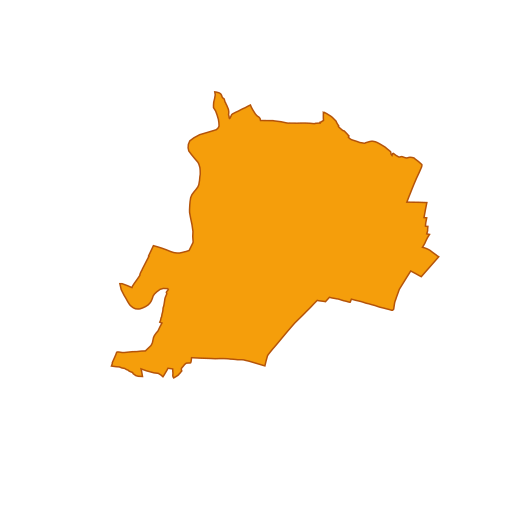 Lunca Muresului, Alba, Romania (orthographic projection), rotated 131°
{"feature_id": "2599482B93074518356645", "entity_name": "Lunca Muresului", "entity_type": "district", "adm_level": 2, "iso_a3": "ROU", "parent_name": "Romania", "parent_adm1": "Alba", "projection": "orthographic", "projection_center": [23.92, 46.432], "detail": "fine", "context": "isolated", "style": "filled", "palette": "amber", "viewbox_px": 512, "rotation_deg": 131, "n_neighbors": 0, "source": "geoboundaries", "source_scale": "gbopen_adm2", "svg_char_len": 6119}
<svg xmlns="http://www.w3.org/2000/svg" viewBox="0 0 512 512"><g transform="rotate(131 256 256)"><path d="M159.2,394.8L161.1,392.5L164.4,390.5L167.7,388.8L170.1,387.0L171.9,385.4L173.1,381.5L175.1,377.9L177.5,374.1L179.8,371.4L182.2,369.1L184.0,368.6L186.7,368.8L189.3,370.4L195.3,374.2L201.4,378.1L207.5,380.4L212.5,381.5L216.1,380.3L218.9,378.2L220.8,375.7L221.7,371.7L222.6,366.5L223.4,361.2L224.2,359.3L226.1,356.3L228.2,354.1L230.9,351.7L233.1,350.3L236.0,348.2L239.8,345.9L242.0,345.2L245.6,344.9L247.7,344.9L251.7,344.6L254.8,343.6L258.4,341.3L261.4,339.1L264.7,336.5L266.7,334.7L269.6,331.1L271.6,328.5L274.4,324.8L278.9,319.6L282.7,316.6L286.7,312.6L287.7,312.2L295.7,310.1L298.6,311.8L299.5,312.5L301.7,314.0L304.1,315.8L305.8,317.9L307.3,320.2L308.6,323.2L310.2,327.9L311.9,332.3L313.7,336.4L315.5,340.2L316.9,339.8L326.5,337.1L326.5,336.6L331.1,335.5L340.8,333.1L341.4,332.8L342.7,332.6L345.1,331.9L346.4,331.3L346.5,331.1L347.0,330.9L351.2,330.4L356.5,329.9L359.9,329.4L361.2,328.9L361.5,329.7L362.7,333.5L364.7,338.8L366.2,340.6L369.8,335.7L372.2,329.8L373.4,326.1L374.7,322.6L375.7,319.2L375.8,317.0L375.6,314.6L374.9,312.3L373.5,310.4L372.2,309.0L369.6,307.5L366.7,306.2L363.6,305.3L360.9,305.2L358.8,305.5L356.3,306.3L353.7,307.4L351.3,307.7L348.1,307.4L344.1,306.5L341.3,304.7L338.6,301.3L338.7,301.0L338.7,300.3L339.1,300.1L339.7,300.1L341.8,300.0L342.5,299.6L342.6,299.1L343.1,298.5L346.8,297.3L348.2,296.6L349.9,295.5L351.8,294.3L354.3,292.8L355.4,292.4L356.4,291.9L357.8,290.8L359.6,289.7L361.7,288.7L362.6,288.1L364.2,287.2L364.9,287.1L366.0,286.5L367.2,285.8L369.1,285.2L368.3,283.0L372.6,282.0L376.8,280.8L379.5,280.8L382.6,280.5L384.7,279.9L386.5,278.9L389.6,277.2L392.4,276.5L400.2,277.2L403.0,280.2L406.4,283.3L409.4,286.6L415.3,292.1L416.6,293.6L418.3,296.3L419.1,297.4L420.1,298.0L422.3,297.1L430.7,294.5L431.6,293.8L433.9,292.9L433.0,291.5L431.5,289.2L429.4,286.4L429.0,285.3L428.5,283.8L427.0,281.3L426.7,279.3L426.1,277.8L426.1,276.2L425.6,274.6L424.9,272.7L425.4,271.5L425.3,270.4L425.1,268.2L424.0,265.9L421.4,262.6L418.4,266.3L416.6,268.7L414.5,263.3L413.0,260.2L411.1,256.3L408.7,252.8L408.2,249.9L408.2,247.0L405.9,247.3L403.9,247.7L402.7,247.9L400.5,248.3L398.5,248.8L397.5,247.3L395.9,244.8L397.1,243.6L397.8,243.0L398.8,241.9L400.0,241.0L401.1,240.1L401.8,238.9L402.0,238.1L399.9,237.4L397.9,236.8L396.5,236.5L395.6,236.6L394.1,236.5L392.7,236.6L391.4,236.6L391.2,237.2L390.6,237.9L389.8,238.5L388.7,238.6L387.0,238.6L384.7,238.7L382.6,238.3L382.1,237.8L381.2,236.9L379.9,235.5L379.4,235.3L378.8,235.5L378.0,235.9L377.4,236.3L376.2,237.1L375.0,237.9L372.1,234.2L370.0,231.5L365.2,225.6L362.7,222.5L360.2,219.3L357.3,216.2L355.2,213.8L353.0,211.1L351.7,209.4L350.6,207.7L349.1,205.8L347.6,203.7L346.4,201.9L344.5,199.7L343.4,198.4L342.5,197.2L341.6,195.3L340.5,193.3L339.7,191.7L333.1,177.2L331.0,178.3L329.1,179.3L326.0,180.8L323.9,181.8L322.4,182.1L320.6,182.2L315.0,182.4L310.0,182.4L305.1,182.5L301.2,182.6L296.1,182.7L291.4,182.8L283.8,182.8L281.2,182.8L276.0,182.4L270.0,181.9L264.9,181.6L261.0,181.3L257.7,181.1L254.4,181.0L249.3,180.7L249.0,180.0L247.8,178.1L246.5,176.2L245.4,174.5L244.9,173.6L239.0,173.5L237.9,171.3L236.4,168.8L235.3,166.9L234.6,165.9L234.0,164.6L233.0,162.2L232.2,160.4L231.5,159.2L230.8,157.8L230.1,156.2L229.3,154.8L229.0,154.6L227.7,155.1L226.0,155.7L225.2,154.1L224.0,151.6L222.9,149.6L221.5,146.9L220.6,144.9L219.6,142.4L219.0,141.2L218.1,139.6L216.7,136.5L215.9,134.9L215.1,133.2L214.9,132.6L214.6,131.9L214.1,130.6L213.3,128.8L211.3,125.0L210.4,123.1L209.4,121.2L208.5,119.3L208.0,118.1L207.3,117.3L205.8,117.2L204.9,117.8L203.8,118.5L201.6,119.9L200.3,120.7L199.1,121.3L196.7,122.2L195.1,122.9L193.0,123.7L190.4,124.7L187.1,126.0L172.3,128.4L169.6,128.8L165.8,129.4L165.3,127.2L164.4,123.3L163.9,120.8L163.2,117.7L136.7,117.6L137.0,119.5L137.0,120.8L137.2,122.8L137.4,125.2L137.6,128.4L137.9,129.9L138.4,131.8L139.2,133.9L140.2,136.1L138.3,136.4L135.7,136.9L132.8,137.8L129.7,138.6L125.9,139.2L127.3,141.7L124.4,143.0L123.5,143.8L120.9,145.7L122.1,147.2L122.3,147.7L119.7,149.6L117.1,151.1L115.2,152.2L116.8,154.4L109.9,158.5L103.6,162.1L108.7,168.4L116.4,177.5L110.6,179.6L107.4,180.7L102.3,182.5L98.2,183.9L92.0,185.9L86.0,187.6L80.3,189.4L79.1,190.0L78.2,190.8L78.1,195.0L78.4,199.8L78.3,200.7L78.6,201.6L79.0,202.4L79.8,203.7L80.5,204.6L81.3,205.3L82.3,205.9L83.2,206.6L83.5,207.1L84.0,208.0L84.7,209.8L85.2,211.0L85.7,211.6L86.2,211.9L86.9,212.4L87.5,213.0L87.8,214.0L87.9,215.0L88.2,216.0L88.4,219.1L88.5,219.8L89.0,220.0L89.9,219.7L90.9,219.3L90.8,220.0L90.5,220.9L89.8,221.8L89.1,222.6L89.0,223.1L89.0,224.5L89.1,227.6L89.1,229.9L90.0,235.2L90.5,237.6L91.0,239.5L91.6,241.1L92.4,242.5L93.0,243.5L93.9,244.4L95.2,245.4L96.3,246.1L97.4,246.8L98.3,247.4L99.7,248.0L100.1,248.6L101.2,250.5L102.2,252.0L103.2,254.7L104.0,256.6L105.1,259.1L105.7,260.7L105.9,262.5L105.7,264.3L104.4,264.6L104.4,265.1L104.1,267.3L103.9,269.4L103.8,270.5L103.8,271.8L104.3,272.6L104.4,274.2L104.4,276.3L104.4,277.6L104.2,278.8L103.5,279.0L103.3,279.8L102.9,281.3L102.6,282.1L102.2,283.1L101.7,284.1L101.6,285.2L101.5,286.6L101.3,289.3L101.4,291.1L101.5,291.9L102.0,294.8L102.1,295.7L102.8,298.6L103.5,298.6L103.5,299.3L105.5,297.6L107.8,295.6L109.4,294.0L109.9,294.1L110.5,294.4L111.0,294.4L111.8,294.9L112.4,294.8L113.1,295.4L113.6,294.8L115.1,296.4L117.0,298.3L117.5,298.4L118.4,299.5L120.3,302.2L123.1,305.7L124.0,306.8L125.7,308.7L127.5,310.7L129.0,312.3L130.8,314.5L132.3,316.2L133.8,318.0L134.6,318.8L135.6,320.4L136.8,322.6L138.3,325.3L142.2,331.1L142.6,331.9L143.9,333.4L145.3,335.0L150.8,341.5L149.7,342.9L149.3,344.3L149.3,345.5L149.5,346.3L149.5,347.7L149.2,349.8L147.8,354.4L146.7,357.3L145.7,359.3L148.3,360.4L151.3,361.5L153.1,362.4L155.0,363.2L158.2,364.4L160.8,365.6L164.1,366.9L165.3,367.1L167.0,366.6L168.8,366.1L169.3,366.1L169.6,366.2L169.5,366.6L168.8,367.5L168.2,368.1L167.4,369.4L165.8,370.5L164.7,371.5L163.4,373.1L161.5,376.9L160.9,378.4L160.3,379.6L159.9,380.8L159.0,382.0L158.3,383.3L158.5,384.7L158.1,386.2L157.3,387.4L156.8,389.1L157.1,391.0L158.4,393.6L159.2,394.8Z" fill="#f59e0b" stroke="#b45309" stroke-width="1.5"/></g></svg>